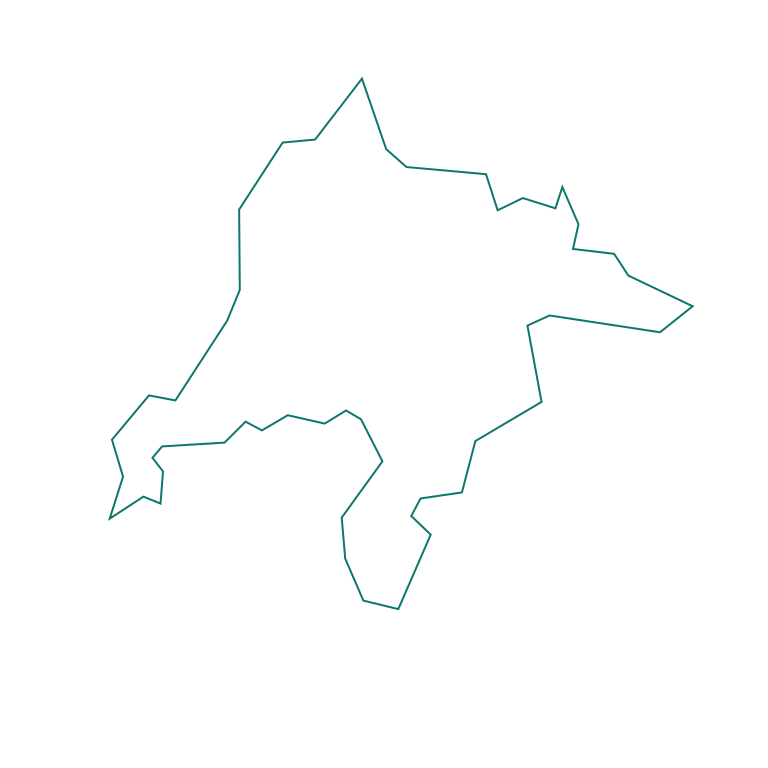 Aargau, Robinson projection, rotated 303°
{"feature_id": "CHE-162", "entity_name": "Aargau", "entity_type": "Canton", "adm_level": 1, "iso_a3": "CHE", "parent_name": "Switzerland", "parent_adm1": "", "projection": "robinson", "projection_center": [8.112, 47.382], "detail": "coarse", "context": "isolated", "style": "outline", "palette": "teal", "viewbox_px": 768, "rotation_deg": 303, "n_neighbors": 0, "source": "natural_earth", "source_scale": "10m", "svg_char_len": 766}
<svg xmlns="http://www.w3.org/2000/svg" viewBox="0 0 768 768"><g transform="rotate(303 384 384)"><path d="M451.4,167.5L531.3,167.5L551.5,193.1L628.1,199.2L582.1,258.0L578.2,284.7L615.5,355.3L591.6,384.7L615.5,399.1L624.7,432.1L646.3,426.3L623.9,460.1L600.2,469.0L618.5,506.1L608.0,529.9L617.3,600.5L577.7,587.3L531.6,485.5L511.1,472.5L454.8,525.9L385.9,491.7L335.5,508.4L307.9,477.0L288.1,478.8L283.1,505.2L203.0,518.6L191.1,484.7L216.4,446.6L248.9,421.3L318.3,424.8L341.9,383.9L341.1,366.6L318.5,355.8L305.4,320.3L278.6,306.9L277.0,288.4L248.0,282.2L210.8,231.9L196.0,230.0L190.3,246.3L162.0,261.7L158.5,243.6L121.7,227.3L164.2,215.6L189.1,186.2L246.4,193.1L256.6,218.0L351.6,218.0L384.4,211.8L451.4,167.5Z" fill="none" stroke="#0f766e" stroke-width="2"/></g></svg>